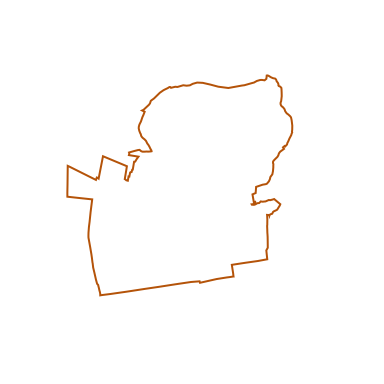 Cristian, Brasov, Romania (Mercator projection), rotated 230°
{"feature_id": "2599482B53089144578976", "entity_name": "Cristian", "entity_type": "district", "adm_level": 2, "iso_a3": "ROU", "parent_name": "Romania", "parent_adm1": "Brasov", "projection": "mercator", "projection_center": [25.497, 45.627], "detail": "fine", "context": "isolated", "style": "outline", "palette": "amber", "viewbox_px": 384, "rotation_deg": 230, "n_neighbors": 0, "source": "geoboundaries", "source_scale": "gbopen_adm2", "svg_char_len": 4125}
<svg xmlns="http://www.w3.org/2000/svg" viewBox="0 0 384 384"><g transform="rotate(230 192 192)"><path d="M291.9,113.6L277.7,101.4L271.4,95.9L268.5,93.5L258.9,102.7L250.5,110.8L241.7,101.3L235.0,94.4L231.5,90.6L227.3,86.5L224.9,84.4L223.5,83.3L215.1,78.5L208.8,74.8L205.9,73.0L201.9,70.4L201.1,70.0L199.6,69.0L198.2,68.1L197.8,67.8L193.2,65.5L186.6,62.1L183.1,60.5L182.5,60.3L182.0,60.3L181.5,60.4L181.0,60.3L180.1,59.8L178.6,59.1L176.1,57.8L174.5,57.1L172.9,56.2L172.1,55.5L171.8,55.3L171.6,55.7L170.6,57.3L166.4,63.8L157.5,78.1L147.9,93.9L140.8,105.4L133.1,118.1L130.6,122.2L127.7,126.9L123.7,133.4L118.7,140.4L117.3,139.8L109.5,154.9L104.2,163.7L102.4,166.5L100.7,169.4L100.6,169.5L103.2,171.2L110.6,175.7L103.6,187.2L96.8,198.1L92.1,206.4L99.5,211.4L100.6,214.2L102.4,215.7L106.8,219.3L108.9,221.0L110.9,222.5L112.3,223.5L114.7,225.4L117.8,227.8L118.4,228.5L122.7,232.2L125.6,234.4L126.2,234.8L125.5,235.5L124.7,236.5L124.3,236.3L124.5,236.6L124.5,237.0L124.5,237.4L124.4,238.0L123.8,239.5L124.6,241.2L124.6,242.2L124.0,244.4L123.7,245.9L124.5,248.3L125.2,250.5L125.9,251.8L129.8,251.1L133.8,250.4L134.4,248.9L135.5,246.6L136.5,245.7L137.5,242.3L139.3,239.7L140.6,238.6L140.4,237.0L140.4,236.3L141.4,234.9L141.8,232.5L142.3,231.3L143.8,229.7L144.2,229.8L143.5,230.8L143.4,231.5L142.5,233.3L143.9,234.1L144.6,232.9L151.3,236.8L150.3,240.1L154.7,244.4L152.2,250.8L150.5,253.7L150.2,254.9L150.5,256.3L150.7,257.7L151.8,260.0L153.0,261.5L153.2,262.0L153.9,264.9L155.9,267.4L158.6,270.1L159.8,271.1L161.1,272.3L162.2,272.7L163.2,273.7L163.5,274.6L163.7,276.2L164.0,280.0L164.6,281.7L165.7,283.4L166.2,285.4L165.9,290.2L167.7,290.4L167.7,291.3L167.7,292.5L167.0,292.6L167.3,295.3L168.2,296.5L168.9,298.2L170.0,300.4L170.2,300.7L171.8,304.6L172.7,305.9L173.2,307.0L174.0,307.4L175.3,308.8L178.4,311.5L181.6,313.6L183.0,314.5L185.5,315.8L186.9,315.9L189.4,315.6L191.4,315.1L193.9,315.3L195.9,316.1L198.2,316.2L200.2,315.8L201.2,315.9L202.5,316.4L203.5,317.3L204.3,318.7L207.7,322.3L210.3,324.4L213.3,326.7L214.4,327.4L216.0,327.3L217.5,326.6L218.1,326.7L219.0,327.5L220.6,328.0L222.3,328.0L224.1,328.7L225.4,328.6L226.4,327.8L227.3,327.1L229.2,326.2L231.1,325.6L232.3,325.1L233.0,324.5L233.1,324.3L233.2,324.1L232.0,322.9L230.9,321.7L230.9,319.4L232.7,317.8L233.4,317.0L234.0,316.2L235.4,313.0L236.0,309.8L236.4,309.0L237.1,307.5L240.1,300.8L241.5,298.6L248.3,286.7L255.8,279.8L262.5,275.1L268.7,270.4L272.5,266.3L274.4,262.1L275.1,258.9L276.9,256.2L279.4,253.9L281.8,248.4L283.4,246.8L285.3,242.9L286.2,242.9L286.9,242.2L287.2,240.1L287.9,237.4L288.3,235.6L288.7,231.2L288.1,223.3L288.1,222.3L288.2,221.4L288.3,219.6L288.3,219.1L288.0,218.5L287.4,217.6L286.9,216.8L286.5,215.2L286.1,207.7L286.2,207.3L286.5,206.2L283.9,207.3L282.2,204.2L281.2,202.1L280.9,201.6L279.0,198.5L278.6,197.7L278.1,196.5L277.8,195.8L277.7,195.6L277.3,194.8L276.6,193.8L276.3,193.4L276.0,193.0L275.1,192.2L274.7,191.9L274.2,191.7L273.3,191.2L273.0,191.1L272.4,190.8L271.9,190.7L271.7,190.6L270.9,190.3L270.1,190.1L269.9,190.1L269.3,189.9L269.1,189.9L268.8,189.7L267.7,189.2L266.9,189.0L266.4,189.0L265.5,189.0L264.7,189.1L263.8,189.3L263.7,189.3L263.3,189.4L262.9,189.5L262.3,189.5L261.5,189.6L261.0,189.6L260.7,189.6L259.9,189.4L259.4,189.3L259.0,189.2L258.2,189.0L257.8,188.9L257.6,188.9L257.3,188.9L256.5,188.9L256.4,188.9L255.8,188.8L254.7,188.6L254.4,188.6L253.0,188.2L252.1,188.0L251.7,187.9L249.9,187.6L249.2,187.2L249.4,186.8L249.5,186.6L249.7,186.3L249.8,186.2L250.5,185.2L251.1,184.4L252.2,183.2L252.7,182.5L254.0,180.8L254.2,180.6L254.5,180.2L254.9,179.9L255.2,179.7L255.6,179.5L256.0,179.3L256.4,179.2L257.1,179.1L257.3,179.0L257.6,179.0L258.0,178.9L258.9,177.5L260.6,173.9L262.5,169.7L262.7,169.2L262.3,169.1L262.0,168.8L261.1,167.9L261.0,167.7L260.8,167.4L253.5,173.7L252.7,170.5L251.8,168.0L252.4,167.1L247.2,161.0L247.5,160.5L246.1,158.5L246.7,157.6L246.6,157.0L244.1,153.9L244.7,153.4L241.9,150.1L243.2,149.2L244.6,149.0L245.1,148.8L250.9,155.6L252.3,157.2L253.0,158.0L253.6,158.7L276.6,146.8L262.3,129.1L263.4,128.9L264.3,128.4L263.0,126.2L277.5,119.9L290.2,114.4L291.9,113.6Z" fill="none" stroke="#b45309" stroke-width="2"/></g></svg>